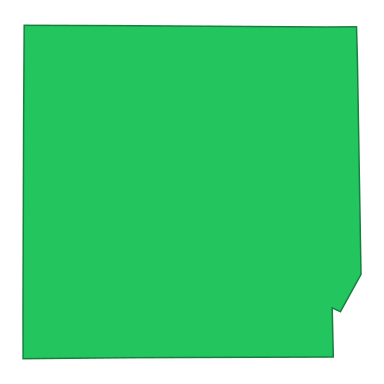 Lawrence, Indiana, United States of America (Equal Earth projection)
{"feature_id": "52423323B62913714602818", "entity_name": "Lawrence", "entity_type": "district", "adm_level": 2, "iso_a3": "USA", "parent_name": "United States of America", "parent_adm1": "Indiana", "projection": "equal_earth", "projection_center": [-86.446, 38.839], "detail": "fine", "context": "isolated", "style": "filled", "palette": "green", "viewbox_px": 384, "rotation_deg": 0, "n_neighbors": 0, "source": "geoboundaries", "source_scale": "gbopen_adm2", "svg_char_len": 290}
<svg xmlns="http://www.w3.org/2000/svg" viewBox="0 0 384 384"><path d="M325.9,27.0L114.1,25.6L24.2,25.3L23.6,120.8L23.0,311.2L23.1,358.7L130.6,357.7L333.3,357.0L332.2,307.9L340.4,311.7L361.0,274.4L357.4,59.4L356.5,26.8L325.9,27.0Z" fill="#22c55e" stroke="#15803d" stroke-width="1.5"/></svg>